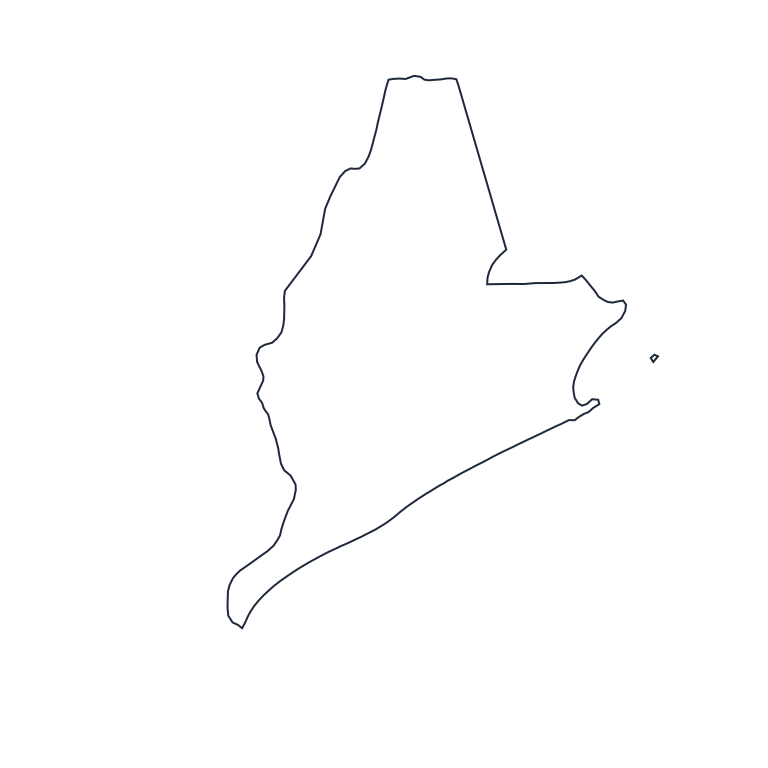 outline of São Francisco do Sul, Santa Catarina, Brazil, rotated 40°
{"feature_id": "56859067B10973410912110", "entity_name": "São Francisco do Sul", "entity_type": "district", "adm_level": 2, "iso_a3": "BRA", "parent_name": "Brazil", "parent_adm1": "Santa Catarina", "projection": "equal_earth", "projection_center": [-48.617, -26.291], "detail": "fine", "context": "isolated", "style": "outline", "palette": "slate", "viewbox_px": 768, "rotation_deg": 40, "n_neighbors": 0, "source": "geoboundaries", "source_scale": "gbopen_adm2", "svg_char_len": 2710}
<svg xmlns="http://www.w3.org/2000/svg" viewBox="0 0 768 768"><g transform="rotate(40 384 384)"><path d="M347.7,504.3L356.3,511.3L363.1,514.3L371.3,514.2L380.8,517.8L384.5,521.8L388.9,530.0L390.5,536.7L391.9,543.2L395.9,554.4L398.7,561.1L401.7,566.9L402.7,572.3L403.3,578.7L402.3,586.5L399.7,596.4L396.7,608.4L393.7,619.3L393.1,624.7L393.1,629.7L394.9,637.2L397.7,643.1L405.9,653.5L409.1,657.2L413.7,661.6L421.2,664.0L427.1,662.4L432.3,662.3L430.8,655.4L428.9,648.8L428.0,643.9L427.2,637.0L427.2,630.2L427.6,623.0L428.7,614.5L429.6,608.9L431.2,601.4L433.5,592.8L435.5,585.9L437.3,580.0L439.5,573.7L441.1,569.1L442.8,564.7L445.6,557.6L448.9,549.5L452.5,541.8L455.0,536.2L458.5,529.3L461.8,522.0L464.8,515.7L467.0,510.3L471.0,501.0L474.8,489.7L476.0,484.9L477.2,479.7L478.6,471.8L480.4,463.2L482.6,455.2L484.2,449.3L486.6,441.6L489.6,432.8L491.8,426.1L493.7,421.5L495.2,416.5L497.2,411.9L500.1,403.9L503.8,395.0L506.8,387.5L509.4,381.6L511.8,375.8L514.2,369.6L517.4,362.1L519.8,356.8L523.0,349.8L525.9,343.2L528.0,338.6L530.0,334.1L532.2,329.5L534.2,325.0L536.2,320.7L538.6,315.3L541.1,309.8L543.1,305.4L545.3,300.9L548.8,292.9L553.4,289.1L554.5,283.8L556.5,278.1L558.7,274.2L559.7,267.7L561.9,261.0L558.2,258.4L553.2,261.9L552.3,268.8L549.6,273.3L545.0,274.0L538.9,272.0L534.7,268.5L530.9,264.8L527.7,259.5L525.9,254.9L524.2,250.3L522.3,243.9L521.1,237.6L520.3,231.4L519.4,222.8L519.0,217.2L518.9,211.3L519.0,205.2L519.7,199.8L520.7,194.1L522.5,188.0L523.5,180.8L521.8,172.9L518.4,167.6L513.5,166.4L509.7,170.9L506.9,174.6L502.8,177.3L498.3,178.4L492.3,179.2L485.7,177.3L479.9,176.2L471.9,174.6L465.8,173.8L463.1,181.4L460.4,185.7L457.1,189.8L452.9,193.9L448.9,197.7L435.4,209.1L426.9,217.5L418.5,224.4L412.4,229.6L407.9,233.5L402.7,238.0L398.9,241.3L395.1,236.2L392.5,230.8L390.3,223.1L389.9,216.1L390.2,210.3L391.3,202.5L248.9,107.3L243.5,104.0L238.9,106.7L235.1,110.2L231.7,114.2L227.5,118.2L223.2,122.5L219.3,124.9L214.5,125.2L208.9,128.7L204.5,136.4L199.5,140.1L195.1,144.2L191.9,147.9L194.3,153.8L196.3,158.1L201.7,168.5L203.9,172.8L211.7,188.6L214.1,192.9L218.1,201.4L220.9,207.3L223.5,212.9L225.9,219.3L227.7,227.2L226.7,234.6L223.5,237.8L219.8,240.4L217.4,245.8L217.1,253.8L218.5,259.8L220.3,266.7L222.1,274.2L226.3,287.6L239.1,310.0L246.0,332.9L248.2,376.4L252.2,382.4L257.9,388.7L265.8,398.6L269.2,403.8L272.2,410.3L272.8,417.6L271.8,424.2L267.4,430.7L265.4,436.0L267.6,443.5L272.4,448.5L277.0,450.7L282.2,452.9L286.8,455.7L289.3,459.2L291.0,465.4L293.0,472.6L297.7,475.6L302.8,476.8L307.3,479.8L311.0,480.9L314.7,481.7L318.2,484.1L323.9,488.6L336.1,495.4L344.5,501.4L347.7,504.3ZM576.1,186.7L572.3,187.8L571.6,192.6L576.1,194.1L576.1,186.7Z" fill="none" stroke="#1e293b" stroke-width="2"/></g></svg>